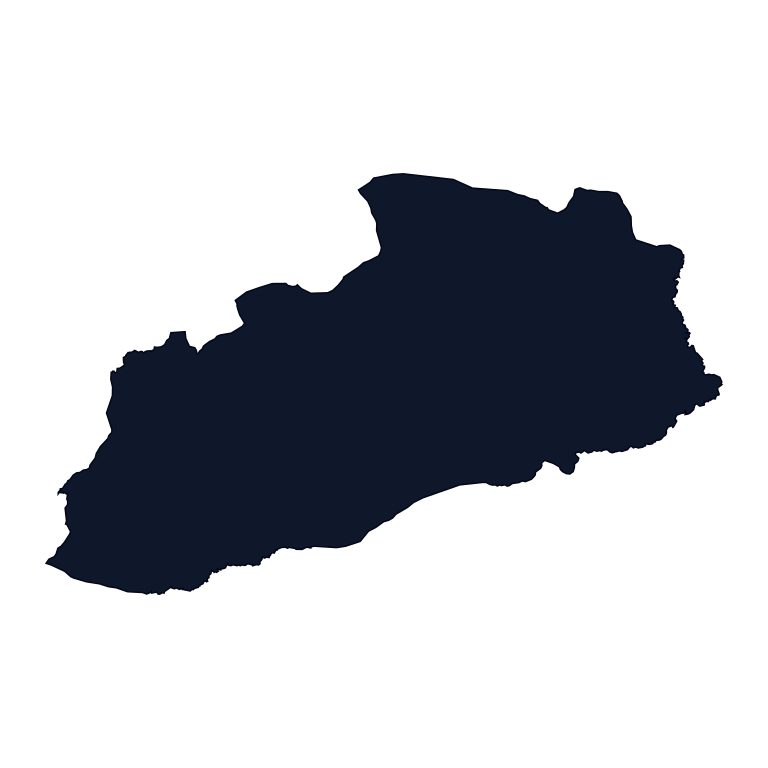 the district of Jirapa, Upper West, Ghana
{"feature_id": "2480657B21686152565613", "entity_name": "Jirapa", "entity_type": "district", "adm_level": 2, "iso_a3": "GHA", "parent_name": "Ghana", "parent_adm1": "Upper West", "projection": "albers", "projection_center": [-2.598, 10.589], "detail": "fine", "context": "isolated", "style": "filled", "palette": "ink", "viewbox_px": 768, "rotation_deg": 0, "n_neighbors": 0, "source": "geoboundaries", "source_scale": "gbopen_adm2", "svg_char_len": 6085}
<svg xmlns="http://www.w3.org/2000/svg" viewBox="0 0 768 768"><path d="M579.7,187.8L575.1,189.5L573.6,196.5L569.2,202.4L566.8,207.5L563.9,210.0L557.5,213.2L548.4,209.8L547.2,207.7L545.6,207.5L539.7,203.4L537.6,200.4L530.0,198.6L524.4,196.0L517.2,194.5L507.8,190.7L472.4,188.1L453.4,179.5L403.3,173.8L392.6,174.5L373.6,178.1L370.1,182.4L358.5,189.9L360.7,193.6L367.7,201.1L370.9,208.0L371.8,213.0L375.8,220.1L376.8,223.2L376.6,230.5L381.4,247.3L380.9,250.8L378.7,255.8L369.0,260.8L363.4,262.8L358.4,267.3L343.7,277.1L343.1,279.3L338.4,285.1L332.7,290.5L327.6,292.8L310.8,293.3L301.4,288.7L297.3,284.8L296.2,286.1L292.4,286.6L287.8,285.4L285.9,283.5L272.2,283.6L258.8,287.8L246.5,292.1L235.3,300.4L237.3,304.3L236.9,305.2L237.5,308.2L239.7,314.9L244.6,323.2L242.3,326.3L231.3,333.1L220.3,335.0L217.0,336.3L214.9,338.9L209.6,341.5L203.6,346.0L202.1,349.1L199.8,350.9L198.1,353.6L196.9,353.6L196.4,350.5L194.8,347.7L189.4,346.4L185.8,338.5L185.1,331.7L170.9,332.7L169.4,338.4L166.8,340.4L164.6,344.7L161.3,346.8L157.3,347.4L154.5,347.0L153.9,349.8L152.1,350.5L151.6,351.5L150.5,350.8L147.0,351.0L145.0,351.7L143.8,353.2L142.5,351.8L141.1,351.4L138.4,352.3L134.7,350.4L131.7,352.3L129.4,352.3L129.3,353.1L128.0,352.6L125.8,355.4L125.9,356.2L123.4,357.5L123.6,362.3L124.6,365.0L119.9,368.2L117.2,368.5L116.8,372.7L114.6,372.4L114.0,371.2L112.6,371.2L112.0,372.3L111.2,372.3L110.8,379.2L112.6,387.1L112.4,395.7L106.5,413.0L111.9,429.5L111.8,432.4L108.8,435.6L108.0,438.4L100.4,446.6L96.4,453.3L95.2,458.1L90.1,465.0L89.3,468.1L86.7,469.6L83.4,470.1L80.1,472.4L76.5,472.9L73.3,475.0L69.9,479.7L67.8,480.8L66.7,483.3L65.2,484.3L62.5,488.5L60.3,488.8L60.1,490.1L58.2,492.5L58.2,493.9L59.2,492.5L62.0,492.8L62.7,491.9L63.4,493.1L64.1,492.6L66.6,494.0L67.6,493.5L66.8,499.4L67.6,500.5L67.7,504.4L65.1,508.1L66.5,520.7L65.6,524.1L67.0,524.7L70.6,531.6L69.6,534.2L64.4,542.3L61.0,546.3L57.9,548.2L56.1,554.1L54.2,556.7L48.9,559.2L46.1,563.3L51.0,564.9L64.7,571.3L70.8,576.7L73.7,578.0L86.5,581.8L99.4,583.8L108.5,586.7L116.3,587.8L127.5,591.7L142.5,592.5L146.6,594.0L150.2,592.6L151.3,591.5L151.7,593.1L156.7,592.1L158.1,594.1L159.7,594.2L162.2,592.8L164.1,593.1L164.6,591.5L171.4,586.8L171.7,587.9L174.4,588.8L176.4,588.0L179.5,589.4L181.9,588.4L182.3,589.5L183.4,588.7L183.9,589.7L190.3,591.0L191.8,589.4L193.4,589.6L194.4,588.4L198.4,587.3L198.8,586.0L199.9,585.9L199.8,585.1L202.9,583.8L204.2,581.1L206.1,581.2L206.6,581.8L207.7,581.2L207.1,579.9L207.6,578.4L208.9,577.8L209.0,575.2L210.8,573.8L211.6,570.4L212.2,571.2L213.3,571.1L214.1,572.4L214.9,571.6L216.5,572.4L218.4,571.1L217.3,569.7L217.6,568.9L220.8,570.0L221.3,568.4L222.7,568.8L225.2,568.0L227.5,564.1L228.5,565.2L230.8,565.7L233.0,564.8L237.1,565.7L238.0,565.0L240.5,565.7L241.9,564.9L244.2,565.4L245.7,565.2L247.5,563.8L251.8,564.6L252.6,565.8L256.5,564.6L258.5,565.0L260.1,563.7L259.7,562.1L261.7,559.7L262.6,557.1L264.8,558.1L265.7,557.2L269.2,557.5L269.7,555.3L270.4,555.3L271.0,553.7L272.7,552.6L274.2,553.1L276.3,549.5L277.1,550.1L278.0,548.9L281.5,547.5L285.5,547.2L287.3,548.2L289.2,547.4L295.4,548.5L296.0,549.3L302.2,549.4L306.1,547.4L308.9,547.2L309.2,547.8L311.0,547.9L311.1,546.8L314.2,546.2L336.6,547.6L345.6,546.2L360.2,541.4L368.5,531.2L375.9,527.3L383.7,521.7L388.6,520.3L392.5,518.1L396.1,514.1L407.6,507.3L413.5,502.5L422.9,497.8L459.7,484.9L482.8,482.4L486.3,482.5L489.7,484.4L492.4,485.1L495.4,484.9L497.3,486.0L499.8,484.9L501.4,485.6L504.9,484.8L507.1,486.1L509.2,485.7L512.3,483.5L519.1,482.5L522.1,481.0L525.6,481.6L531.5,479.2L534.1,476.5L535.2,475.0L535.5,472.1L540.6,468.3L541.8,465.8L541.7,462.7L544.7,460.4L553.2,463.3L559.5,466.9L560.4,469.5L562.6,471.7L566.3,473.6L569.9,474.0L573.2,471.6L574.4,467.5L574.5,464.0L577.7,461.4L578.6,458.9L578.8,458.1L575.6,455.0L575.3,453.1L576.4,452.6L579.6,452.0L580.9,453.1L584.5,450.5L588.0,453.0L592.0,451.9L593.6,450.2L596.8,451.2L599.8,450.6L601.4,451.2L603.8,450.0L607.3,449.6L609.8,451.9L612.2,452.8L614.8,452.1L615.5,451.3L616.4,451.7L619.2,450.8L622.0,451.4L627.6,449.6L629.9,446.6L632.2,446.6L633.3,447.9L635.7,447.0L638.2,448.0L643.0,447.1L643.6,446.3L645.5,445.8L645.4,444.5L646.2,443.9L649.4,444.4L652.5,443.7L653.6,442.3L655.3,441.8L655.8,440.4L659.6,440.0L661.3,439.0L663.6,436.3L665.6,435.1L666.4,433.2L666.4,429.9L668.0,427.2L671.6,425.6L672.9,427.4L673.4,427.0L676.6,421.4L676.5,420.4L675.4,419.7L675.3,417.9L676.8,415.1L682.0,413.1L683.9,413.1L685.1,410.8L686.0,412.0L685.1,414.5L687.8,414.1L690.0,413.1L693.5,409.8L694.7,405.5L695.7,404.2L697.0,404.0L699.7,406.1L701.1,405.8L704.2,405.0L704.4,403.9L703.8,403.3L704.3,401.7L705.0,402.2L706.3,401.4L708.5,401.5L709.8,399.4L710.5,400.2L712.8,398.7L715.3,398.9L716.1,396.1L717.9,394.9L718.7,395.1L719.2,394.1L717.7,390.0L717.6,387.8L721.9,384.7L721.2,384.2L721.8,381.9L719.8,377.3L713.9,374.6L711.7,374.9L708.7,374.2L705.5,375.0L703.6,373.5L703.8,372.5L702.5,371.9L704.6,367.7L704.4,366.1L702.6,365.8L702.3,365.0L703.0,363.1L701.4,360.5L702.6,359.4L697.1,353.2L695.5,352.6L693.2,345.7L691.8,345.5L690.1,347.6L687.6,346.8L687.6,344.7L688.5,344.1L688.2,342.9L686.3,341.7L686.9,339.7L685.9,338.3L687.4,338.9L689.2,336.8L688.9,334.9L690.0,333.2L689.3,332.5L686.6,332.9L687.7,331.9L688.0,329.8L685.2,327.3L685.5,326.2L684.7,325.0L682.7,324.4L682.1,322.4L683.6,320.1L682.6,318.8L682.9,317.2L681.6,316.1L681.1,313.6L680.0,311.6L678.3,310.6L677.3,307.9L674.4,307.5L675.3,305.3L673.0,304.7L673.8,302.0L673.2,300.9L671.6,300.4L672.7,297.3L674.9,296.9L675.9,293.5L677.1,292.4L677.3,290.2L675.8,288.7L675.4,285.7L676.9,284.7L678.2,282.1L676.9,280.8L674.7,281.3L674.1,280.5L674.6,279.9L673.4,279.1L675.0,278.8L674.8,278.0L676.1,278.3L677.9,276.7L679.4,277.3L678.7,275.4L678.9,272.2L679.6,271.5L679.0,270.7L680.4,268.0L682.4,267.4L682.0,265.4L683.3,263.8L683.7,260.2L682.3,260.2L681.8,259.5L683.8,257.8L683.6,254.9L682.3,254.3L681.4,251.4L679.7,249.7L669.9,245.1L659.4,245.7L656.8,246.8L635.7,239.9L632.4,232.3L631.3,225.6L631.0,216.7L627.0,209.2L622.4,202.9L622.2,201.3L619.5,195.8L617.0,193.3L607.8,191.6L598.6,191.6L590.7,190.2L587.1,190.5L579.7,187.8Z" fill="#0f172a" stroke="#020617" stroke-width="1.5"/></svg>